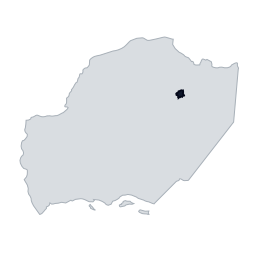 location of Kahama Township Authority, Shinyanga, United Republic of Tanzania, rotated 95°
{"feature_id": "72390352B16659808480234", "entity_name": "Kahama Township Authority", "entity_type": "district", "adm_level": 2, "iso_a3": "TZA", "parent_name": "United Republic of Tanzania", "parent_adm1": "Shinyanga", "projection": "natural_earth1", "projection_center": [32.63, -3.838], "detail": "fine", "context": "in_parent", "style": "filled", "palette": "ink", "viewbox_px": 256, "rotation_deg": 95, "n_neighbors": 0, "source": "geoboundaries", "source_scale": "gbopen_adm2", "svg_char_len": 5141}
<svg xmlns="http://www.w3.org/2000/svg" viewBox="0 0 256 256"><g transform="rotate(95 128 128)"><path d="M94.9,187.7L92.2,186.0L89.7,185.0L87.6,183.9L86.7,182.7L84.8,182.3L83.2,182.1L81.6,181.1L78.5,180.7L78.1,180.1L78.1,178.6L77.5,178.2L76.4,177.8L75.1,177.8L74.4,178.0L74.0,177.9L72.9,177.0L72.0,175.9L71.6,174.1L70.2,172.9L68.5,172.0L63.9,172.1L63.2,171.8L62.1,170.9L60.8,169.4L59.7,167.7L58.8,165.3L57.9,162.2L52.6,149.6L52.0,147.2L51.0,144.5L49.3,141.3L47.5,138.9L45.1,136.7L42.3,134.5L40.8,133.1L37.9,127.1L37.4,124.4L36.9,121.5L37.1,120.3L38.9,116.6L39.0,115.6L38.8,114.2L37.9,111.2L36.8,107.6L34.6,101.1L34.2,99.5L34.3,98.2L35.6,91.6L35.6,90.7L40.9,90.8L44.8,87.9L48.1,83.6L48.8,81.7L50.2,79.0L51.5,77.6L52.0,76.6L52.8,73.8L54.6,72.0L56.3,70.5L56.0,69.5L56.2,69.1L57.1,68.4L59.0,67.7L59.3,66.3L59.3,64.6L59.0,63.7L59.1,62.6L58.8,62.0L57.6,61.9L55.8,61.1L54.3,60.7L53.3,60.2L52.9,59.9L52.8,58.9L53.6,56.4L52.8,55.3L54.6,51.1L55.0,50.6L55.6,50.5L56.7,50.1L57.7,49.9L58.5,50.0L59.1,49.9L59.6,49.4L60.1,48.0L60.4,45.6L60.2,43.6L59.5,42.1L59.2,39.9L59.6,36.8L59.3,34.2L58.5,32.2L57.6,31.0L56.3,30.4L54.2,27.3L53.6,25.8L53.7,24.9L54.4,24.5L55.7,24.6L57.0,24.2L58.1,23.4L59.3,23.1L59.9,23.3L112.9,23.3L174.7,63.2L175.0,63.7L175.5,67.1L175.4,68.3L174.4,70.3L174.1,71.3L174.1,72.1L174.4,72.3L175.2,72.4L175.9,72.9L176.1,73.3L176.7,74.8L177.3,75.5L200.8,95.1L201.3,95.4L201.0,97.1L199.7,101.1L199.6,102.7L199.1,104.7L198.5,106.0L197.2,111.6L196.0,113.7L194.5,118.6L194.2,122.4L195.1,125.0L195.4,127.5L197.2,129.9L198.6,130.8L199.6,131.9L201.3,134.4L202.3,136.9L205.4,138.2L206.7,141.0L206.2,143.0L204.7,144.6L203.4,147.2L202.3,150.7L202.2,156.0L203.0,155.2L204.6,156.5L204.8,160.3L203.1,164.9L202.6,167.0L202.5,168.8L203.7,174.2L205.5,177.0L205.4,177.8L204.9,178.6L208.1,183.5L207.8,187.7L209.0,191.0L209.5,193.9L210.3,196.1L210.4,197.6L209.4,199.3L211.7,199.7L213.1,201.1L213.7,202.4L215.4,202.3L216.3,203.2L217.6,204.0L220.5,206.2L221.3,207.3L221.8,208.4L213.7,215.3L210.8,217.1L208.8,218.0L206.6,218.4L204.5,219.5L202.5,221.2L200.0,222.1L196.9,222.1L193.6,223.3L188.5,226.9L185.6,224.9L183.2,224.3L180.6,224.4L178.9,224.6L178.3,225.0L177.8,226.3L177.4,228.3L175.6,230.2L172.5,232.1L169.7,232.8L167.1,232.3L165.4,231.5L164.4,230.4L163.1,229.9L161.3,230.0L159.6,230.8L158.0,232.2L155.4,232.9L151.8,232.7L149.9,232.0L149.6,230.8L148.0,229.4L145.2,227.7L143.1,227.7L141.7,229.3L140.5,230.2L139.3,230.6L138.3,230.7L136.9,230.3L132.9,230.1L129.2,230.2L128.8,227.9L128.0,226.5L127.4,225.7L126.1,225.5L125.7,224.9L125.3,223.5L124.6,222.3L123.8,221.3L123.3,220.4L123.1,219.6L123.3,218.7L124.0,216.4L124.3,214.8L124.2,213.2L123.8,211.5L122.9,209.5L123.0,209.0L122.7,207.6L122.7,206.7L122.8,205.5L122.7,204.0L121.9,200.7L121.9,199.9L121.1,198.3L118.6,194.5L118.5,194.0L114.6,190.2L113.0,189.4L112.5,190.1L112.3,190.8L112.4,192.0L112.3,192.6L112.2,192.8L111.2,192.8L110.7,192.7L109.2,191.6L108.0,191.4L105.2,191.6L104.2,191.8L103.4,191.6L101.8,189.9L100.1,189.5L98.5,189.4L95.8,187.4L94.9,187.7ZM205.9,124.4L207.2,128.6L207.0,129.4L206.1,129.8L205.6,129.9L205.0,129.2L204.6,127.8L204.0,128.1L202.8,126.5L201.6,126.4L200.6,124.4L201.0,122.6L200.8,119.6L202.0,118.1L202.8,115.6L203.6,117.3L203.7,120.0L204.8,123.3L205.9,124.4ZM212.2,99.6L212.3,100.6L212.0,101.5L212.1,104.5L212.0,106.4L211.0,109.2L210.2,110.1L209.5,109.8L208.9,109.4L208.5,108.6L209.4,103.7L208.9,100.0L210.8,100.4L212.2,99.6ZM209.4,159.7L208.5,159.9L208.1,159.7L207.5,158.9L208.5,158.2L209.5,156.8L211.7,154.8L212.7,153.3L212.5,154.8L211.3,158.2L210.2,158.4L209.4,159.7Z" fill="#d9dde1" stroke="#a8b0b8" stroke-width="1"/><path d="M85.6,78.2L85.6,78.3L85.8,78.3L86.0,78.5L86.4,78.7L86.4,78.8L86.4,79.0L86.3,79.3L86.6,79.5L86.6,80.0L86.6,80.3L86.8,80.5L87.0,80.5L86.9,80.8L87.0,81.0L87.3,81.0L87.5,81.1L87.6,80.8L87.8,80.8L88.0,81.0L88.2,81.3L88.4,81.4L88.5,81.4L88.7,81.7L88.7,81.8L88.7,82.0L88.8,82.0L89.0,82.1L88.9,82.3L88.9,82.6L89.0,82.7L89.1,82.8L89.3,82.9L89.4,82.7L89.6,82.6L89.7,82.1L89.8,82.1L90.0,82.1L90.0,82.4L90.1,82.5L90.3,82.6L90.5,82.7L90.5,82.8L90.7,82.7L90.8,82.7L91.0,82.7L91.2,82.2L91.2,81.9L91.3,81.9L91.2,81.9L91.3,81.8L91.3,81.7L91.3,81.4L91.2,81.3L91.2,81.2L91.3,81.2L91.3,80.9L91.5,80.8L91.9,80.8L92.0,80.8L92.3,80.9L92.5,80.9L92.7,81.0L92.8,81.0L92.9,80.9L93.0,80.9L93.3,80.8L93.3,80.7L93.5,80.6L93.6,80.4L93.7,80.2L93.8,80.2L93.7,80.1L93.4,80.0L93.3,79.9L93.2,79.8L93.2,79.7L93.1,79.4L93.0,79.1L92.9,78.9L92.9,78.7L92.7,78.7L92.5,78.8L92.4,78.9L92.1,78.8L92.1,78.6L92.1,78.4L92.0,78.2L92.1,77.9L92.2,77.7L92.3,77.6L92.3,77.2L92.4,76.7L92.2,76.7L92.0,76.8L91.9,76.8L91.7,76.7L91.7,76.4L91.6,76.2L91.4,76.1L91.2,76.0L91.2,75.9L91.1,75.6L91.1,75.4L91.1,75.2L90.9,75.0L90.8,74.9L90.8,74.7L90.7,74.7L90.4,74.9L90.3,75.0L90.2,75.1L90.1,75.3L90.1,75.5L90.1,75.8L90.0,76.0L89.9,76.1L89.7,76.0L89.4,76.0L89.3,75.9L89.2,75.8L88.9,76.0L88.7,76.2L88.7,76.3L88.4,76.3L88.2,76.3L88.1,76.2L88.0,76.3L87.8,76.4L87.8,76.5L87.7,76.5L87.7,76.3L87.7,76.2L87.4,76.0L87.2,76.0L86.9,76.1L86.7,76.2L86.4,76.2L86.2,76.2L86.1,76.3L85.6,76.4L85.7,76.6L85.7,76.8L85.7,77.1L85.7,77.4L85.7,77.5L85.6,77.8L85.6,78.0L85.6,78.2Z" fill="#0f172a" stroke="#020617" stroke-width="1.5"/></g></svg>